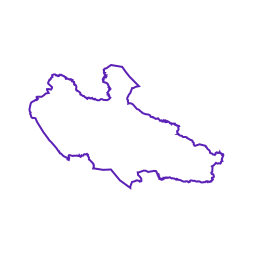 Tarkwa Nsuaem, Western, Ghana, rotated 289°
{"feature_id": "2480657B19905724513669", "entity_name": "Tarkwa Nsuaem", "entity_type": "district", "adm_level": 2, "iso_a3": "GHA", "parent_name": "Ghana", "parent_adm1": "Western", "projection": "natural_earth1", "projection_center": [-2.01, 5.137], "detail": "fine", "context": "isolated", "style": "outline", "palette": "violet", "viewbox_px": 256, "rotation_deg": 289, "n_neighbors": 0, "source": "geoboundaries", "source_scale": "gbopen_adm2", "svg_char_len": 5784}
<svg xmlns="http://www.w3.org/2000/svg" viewBox="0 0 256 256"><g transform="rotate(289 128 128)"><path d="M182.0,91.4L177.5,88.2L176.7,86.9L175.2,86.0L174.7,86.3L174.4,86.7L172.7,87.1L172.3,87.8L172.4,88.1L171.7,87.9L171.4,88.4L171.0,88.5L170.6,89.1L170.8,90.2L170.5,90.1L169.9,90.8L169.2,90.7L169.6,90.0L168.5,89.9L168.6,89.0L168.0,89.0L167.4,89.5L167.8,88.6L167.2,88.4L166.4,88.4L166.3,88.9L165.9,88.6L165.7,89.2L165.3,89.3L164.9,88.9L163.6,89.4L163.5,90.0L163.4,90.6L163.7,91.0L163.5,91.8L163.7,93.0L163.1,94.0L163.1,94.5L162.5,94.8L162.2,95.3L161.3,95.7L161.1,95.4L161.2,96.4L160.8,96.8L160.4,96.6L160.4,97.0L160.0,97.1L159.9,97.8L159.5,97.9L159.4,98.2L159.0,97.9L158.8,98.5L158.6,98.4L157.8,98.1L157.6,97.7L156.6,97.7L154.7,97.0L154.5,97.5L152.9,97.8L152.9,98.2L153.4,98.2L153.6,98.8L152.4,99.8L151.7,99.6L150.9,101.4L149.0,100.6L147.5,99.0L146.6,95.7L146.8,94.1L146.5,93.0L144.9,91.8L144.3,90.4L144.4,88.0L144.8,87.4L144.1,86.8L144.4,86.4L144.1,85.8L144.3,84.6L144.6,84.4L144.1,83.9L144.3,83.3L143.7,82.8L143.6,81.8L144.0,81.1L143.2,79.9L142.4,80.0L142.5,79.1L143.2,78.2L143.1,77.2L143.9,75.9L143.6,74.9L144.1,73.2L144.1,72.2L144.3,71.9L145.3,71.8L146.1,70.6L146.7,68.5L146.6,67.4L146.9,66.9L147.2,66.6L147.5,66.8L148.3,66.1L149.9,65.9L151.2,65.1L151.5,64.5L151.3,63.7L151.4,63.4L151.8,63.3L151.8,62.8L152.2,62.5L152.7,62.7L154.0,62.0L153.9,59.9L154.3,59.6L154.8,60.1L155.3,60.0L155.0,58.5L155.5,58.4L155.5,57.9L155.4,57.5L154.8,57.1L155.0,54.3L154.5,53.9L154.3,53.4L155.5,53.1L155.3,52.3L155.8,52.1L155.9,50.8L156.3,50.4L156.3,49.3L156.1,48.8L156.6,47.6L156.1,46.8L156.2,46.4L155.4,46.2L155.3,45.5L154.5,45.5L154.3,45.1L154.3,44.0L154.8,43.4L154.3,42.7L154.9,41.7L154.6,40.6L153.4,39.1L152.9,39.2L151.6,40.0L150.5,38.9L149.1,39.0L148.1,38.5L148.1,38.0L144.9,37.7L144.0,38.1L141.9,42.9L140.6,43.1L139.2,42.6L139.1,40.5L138.4,38.8L137.7,39.0L135.3,41.6L133.8,39.0L131.7,37.9L129.4,36.2L128.0,31.9L127.5,31.5L126.3,32.1L126.2,33.3L125.2,33.0L124.5,32.3L124.3,31.2L123.4,30.8L122.2,29.5L120.5,28.2L118.5,28.1L113.1,28.9L111.8,29.7L111.0,30.8L110.4,30.6L110.1,31.0L109.2,31.1L108.7,31.8L106.8,33.1L106.3,34.5L106.8,35.3L107.1,37.3L103.9,40.3L96.5,49.4L91.7,56.4L91.2,56.8L89.5,60.3L85.6,67.0L83.7,69.4L83.7,70.1L83.4,70.6L82.7,70.8L82.5,71.4L81.9,71.9L82.0,73.0L80.4,76.2L80.0,80.0L79.5,80.6L78.6,81.0L78.5,82.4L80.5,82.2L81.1,81.5L82.4,80.9L82.9,80.9L83.3,81.4L83.6,85.0L84.2,85.8L84.8,87.9L85.4,88.7L85.3,90.0L85.6,90.8L86.3,90.8L85.6,91.7L85.3,92.5L85.7,92.9L87.0,93.0L86.8,93.6L87.4,94.7L88.6,94.9L89.1,95.4L89.3,97.0L90.2,97.6L89.6,99.0L88.6,99.0L87.5,100.6L85.5,101.3L85.3,102.3L82.9,106.9L82.3,107.1L81.7,107.9L81.1,107.8L79.9,108.4L79.4,108.2L78.4,108.3L78.8,109.5L80.3,118.0L83.2,125.4L75.9,137.3L72.1,149.7L73.5,149.2L78.3,149.4L80.3,152.4L81.1,152.8L81.3,153.2L81.7,155.8L81.1,156.5L81.9,157.7L82.2,157.9L84.4,157.0L85.9,155.0L86.8,152.9L89.2,151.7L89.4,152.5L92.7,156.5L93.4,158.6L93.0,161.4L95.8,166.3L96.4,168.3L95.9,169.2L95.5,169.3L94.5,170.4L94.4,171.4L93.7,171.3L93.6,171.9L93.3,171.7L93.2,172.2L92.5,172.3L92.5,173.0L91.5,172.9L91.1,173.4L91.3,173.9L91.0,174.1L90.8,174.9L90.1,174.6L90.1,176.4L90.5,176.7L90.2,177.0L90.9,177.7L91.2,177.5L91.2,177.8L91.5,177.8L91.5,178.2L92.5,177.9L92.6,178.7L93.1,179.2L93.0,179.6L93.5,179.8L93.7,180.3L93.4,181.1L94.0,181.5L94.1,182.4L95.0,183.5L94.5,185.7L95.0,186.3L95.0,187.2L95.3,188.1L94.8,190.4L95.1,190.8L95.8,190.7L95.9,191.2L95.3,192.2L95.8,193.9L95.4,197.6L95.9,199.6L96.3,199.8L96.8,200.9L96.9,202.1L96.4,202.8L97.1,203.9L97.9,203.8L98.6,204.0L99.0,204.7L99.3,207.3L99.8,208.1L99.6,209.6L99.8,210.8L100.4,211.4L100.4,212.0L100.8,213.1L100.4,214.8L100.6,215.7L101.1,216.8L101.5,217.2L101.8,218.4L103.1,219.3L102.8,220.8L103.5,220.7L103.6,222.9L104.2,223.6L104.6,223.5L104.7,224.2L106.3,224.4L106.3,224.8L106.8,225.0L107.6,223.7L108.3,223.6L109.2,225.0L110.4,224.9L112.0,223.6L111.7,222.5L112.3,221.6L113.1,221.3L114.0,221.9L118.4,220.7L119.1,219.8L120.7,221.3L123.7,222.5L123.4,224.1L124.2,225.3L124.5,227.0L125.4,227.2L126.0,226.9L127.3,227.6L127.5,227.9L128.1,227.1L128.6,227.2L129.0,226.8L132.4,227.0L132.8,226.4L133.6,226.9L134.2,226.3L134.0,225.6L134.2,225.1L133.7,224.9L134.2,224.3L134.4,223.1L134.9,222.7L134.5,222.7L134.3,222.8L134.1,222.6L134.2,221.6L133.6,221.2L133.9,220.6L133.9,219.9L132.8,219.0L131.8,219.3L130.8,218.9L130.9,217.9L130.6,217.0L131.2,215.8L131.1,214.4L131.3,213.6L132.6,213.0L133.3,212.3L134.1,210.0L135.3,208.7L135.5,207.8L136.4,207.2L135.9,201.0L133.0,197.2L132.9,196.7L133.8,195.5L135.4,195.0L136.0,193.5L136.9,193.1L137.2,192.3L137.1,190.7L137.7,188.1L137.6,187.3L138.3,186.6L138.2,186.1L138.3,185.3L137.7,183.9L137.4,182.6L138.1,181.6L137.8,179.2L138.5,177.5L138.4,177.0L138.9,177.5L139.8,176.0L140.8,175.5L141.2,175.5L142.0,176.2L143.4,176.2L145.3,175.1L145.9,175.1L146.3,175.7L146.6,175.4L146.5,175.0L146.3,174.9L146.6,173.1L146.2,172.9L146.5,172.0L146.3,171.4L146.7,170.8L147.2,170.8L147.0,170.3L147.2,169.9L146.7,169.3L146.5,168.3L145.9,168.1L146.1,167.9L146.1,167.2L146.5,167.0L146.2,166.0L146.8,165.5L147.3,163.4L147.1,163.3L147.3,163.0L147.2,162.7L146.3,162.9L145.7,161.4L146.2,160.9L146.9,161.2L147.4,160.9L147.2,160.4L146.7,160.2L146.9,159.6L145.9,159.7L145.5,159.1L145.8,158.5L145.4,158.2L146.2,157.3L145.2,156.1L146.2,154.7L146.5,153.5L146.9,153.1L146.2,152.4L145.7,151.4L145.9,151.2L145.9,150.0L146.2,149.2L146.0,148.4L146.5,148.0L146.3,146.9L145.9,146.3L146.1,145.5L147.1,144.9L147.4,143.2L146.8,140.0L146.9,136.6L147.4,136.0L148.1,133.7L148.8,132.6L148.9,130.2L151.9,125.0L152.2,123.7L152.2,122.3L151.8,121.2L151.1,120.3L152.3,119.9L152.9,119.3L154.2,119.0L154.9,117.9L156.6,117.5L158.3,117.9L159.5,117.9L162.0,118.8L167.1,118.9L167.6,120.2L169.4,121.8L171.1,124.7L177.0,112.8L180.5,107.3L183.9,102.6L182.0,91.4Z" fill="none" stroke="#5b21b6" stroke-width="2"/></g></svg>